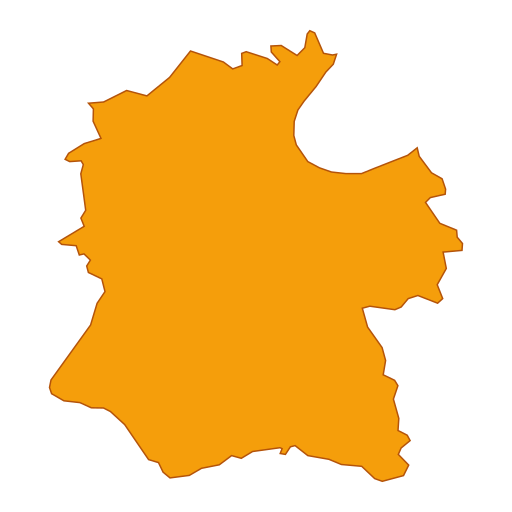 outline of Wiltshire
{"feature_id": "GBR-2757", "entity_name": "Wiltshire", "entity_type": "Unitary Single-Tier County", "adm_level": 1, "iso_a3": "GBR", "parent_name": "United Kingdom", "parent_adm1": "", "projection": "equal_earth", "projection_center": [-1.898, 51.324], "detail": "fine", "context": "isolated", "style": "filled", "palette": "amber", "viewbox_px": 512, "rotation_deg": 0, "n_neighbors": 0, "source": "natural_earth", "source_scale": "10m", "svg_char_len": 1731}
<svg xmlns="http://www.w3.org/2000/svg" viewBox="0 0 512 512"><path d="M309.8,30.7L314.7,32.9L323.5,53.3L332.5,55.0L336.6,54.2L333.3,64.2L325.9,72.0L316.1,86.5L304.1,101.1L297.9,110.0L294.2,121.4L293.8,135.5L296.3,144.9L307.8,161.6L319.4,167.8L331.4,172.0L345.8,173.6L361.5,173.6L374.3,168.4L391.6,161.6L407.7,155.3L417.2,147.8L419.2,156.3L431.5,172.8L442.1,178.8L445.6,189.2L445.2,194.2L430.3,197.6L425.5,202.4L439.8,223.3L456.6,230.2L457.2,237.2L462.5,243.5L462.0,250.4L443.1,252.1L446.3,268.5L437.2,284.7L442.7,298.6L437.6,303.2L417.9,295.5L408.2,298.6L401.2,307.0L394.9,309.7L369.8,306.2L362.3,308.2L367.6,327.1L382.1,347.6L385.6,360.5L383.2,374.8L394.6,380.3L397.9,385.7L393.4,399.1L398.8,418.4L398.0,430.5L407.2,435.2L410.1,440.6L401.1,448.0L398.3,454.4L408.7,465.1L403.5,475.6L382.3,481.3L374.7,478.6L361.7,466.3L341.4,464.5L328.9,459.3L307.8,455.6L295.1,445.6L290.4,446.8L285.4,454.4L280.2,453.5L282.1,448.7L280.1,447.7L252.6,451.5L241.3,458.3L231.6,455.6L219.3,464.8L201.5,468.3L189.3,475.4L170.0,477.9L163.1,472.2L158.5,462.6L148.6,459.6L124.7,424.6L110.4,411.5L103.5,408.0L91.3,407.8L79.9,402.6L63.9,400.8L51.6,393.7L49.5,387.5L51.0,380.0L90.6,325.0L97.1,303.3L105.0,291.6L101.8,278.9L88.4,272.5L86.7,266.0L90.4,260.1L84.0,253.9L79.3,255.0L76.2,245.7L61.7,244.4L58.6,241.7L84.2,226.3L80.9,218.1L85.7,210.3L84.0,197.5L80.8,173.8L83.3,164.6L81.1,160.8L69.7,161.6L65.1,159.3L68.6,153.3L84.2,143.6L101.0,138.4L93.1,121.2L93.4,108.9L88.5,103.2L103.6,102.0L126.6,90.5L146.9,95.9L169.6,77.4L190.5,51.0L223.4,62.0L232.7,68.9L242.1,65.5L241.7,53.4L246.2,51.7L267.3,58.5L277.2,65.0L279.9,61.7L271.3,52.0L270.9,46.0L281.2,45.5L297.1,55.5L304.8,47.7L307.2,34.0L309.8,30.7Z" fill="#f59e0b" stroke="#b45309" stroke-width="1.5"/></svg>